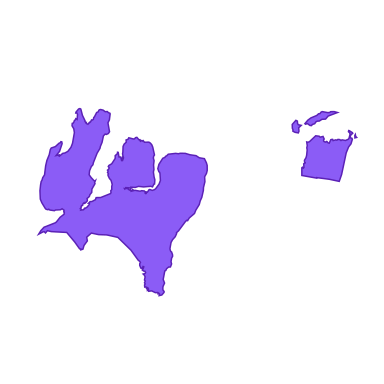 the district of Buton Tengah, Sulawesi Tenggara, Indonesia, rotated 192°
{"feature_id": "22746128B6718763508294", "entity_name": "Buton Tengah", "entity_type": "district", "adm_level": 2, "iso_a3": "IDN", "parent_name": "Indonesia", "parent_adm1": "Sulawesi Tenggara", "projection": "equal_earth", "projection_center": [122.47, -5.333], "detail": "fine", "context": "isolated", "style": "filled", "palette": "violet", "viewbox_px": 384, "rotation_deg": 192, "n_neighbors": 0, "source": "geoboundaries", "source_scale": "gbopen_adm2", "svg_char_len": 6045}
<svg xmlns="http://www.w3.org/2000/svg" viewBox="0 0 384 384"><g transform="rotate(192 192 192)"><path d="M202.6,83.8L200.1,85.0L198.5,87.9L198.6,88.9L200.1,90.2L200.6,92.2L200.7,93.6L199.9,97.2L202.0,100.5L202.2,109.1L201.3,109.8L200.9,111.7L199.3,113.7L197.5,114.2L197.0,117.4L198.0,119.4L198.2,123.0L197.6,125.1L198.0,126.6L199.5,129.1L200.4,129.4L201.4,131.0L201.8,132.1L202.0,138.3L201.1,141.3L199.1,144.8L198.4,148.1L198.7,149.0L197.1,151.2L192.2,161.9L191.0,163.4L190.3,163.1L189.3,166.0L185.1,171.5L184.5,175.0L182.3,181.2L182.1,185.1L181.3,188.7L181.2,195.9L181.7,198.8L181.5,204.7L182.8,209.5L181.7,213.2L181.6,216.3L182.7,221.2L184.0,223.6L186.8,227.2L192.0,227.0L195.6,228.4L201.7,228.0L206.7,228.4L211.7,227.4L213.2,226.6L216.0,226.4L223.1,224.0L224.3,222.1L225.3,221.4L225.7,220.2L227.6,218.9L230.1,212.2L230.3,207.7L228.6,204.9L227.7,204.5L227.1,203.2L225.3,196.7L225.9,192.8L228.2,187.7L229.2,186.5L231.2,185.3L233.8,185.7L234.5,185.3L235.6,182.6L236.6,182.6L236.4,181.2L236.8,180.8L237.5,181.0L238.0,182.6L238.8,183.1L241.6,182.8L242.9,182.0L248.1,181.8L250.4,180.7L249.8,181.7L250.7,182.1L251.1,181.2L252.3,180.5L252.8,181.4L253.5,180.9L254.4,181.5L255.2,181.0L254.8,181.7L255.5,182.0L257.7,181.7L258.3,180.9L258.6,181.2L258.2,181.2L257.8,182.5L254.0,183.1L252.7,182.7L252.1,183.3L252.6,184.0L248.4,184.7L245.5,186.4L240.4,186.9L233.6,189.0L231.7,188.8L230.9,191.8L230.3,192.0L230.4,193.0L230.9,196.3L232.2,198.8L233.9,203.5L233.9,206.0L235.2,210.4L235.6,214.7L236.9,217.3L236.9,219.2L236.4,220.4L239.7,227.7L241.2,229.9L242.9,231.2L244.5,231.8L248.9,230.8L251.0,232.6L250.7,232.0L251.0,231.5L252.9,231.9L252.6,231.3L252.9,230.9L253.9,231.7L254.0,232.3L254.8,232.1L257.3,234.0L258.6,233.4L259.2,232.1L260.3,231.7L265.1,231.9L265.6,230.2L267.3,229.2L266.7,227.0L268.3,224.8L268.9,222.3L267.9,216.5L267.9,215.0L267.0,212.8L267.2,210.9L267.0,210.5L266.9,212.8L266.1,211.1L266.5,208.3L267.4,208.1L269.0,211.4L270.7,211.1L272.4,215.4L273.1,215.4L272.9,214.1L274.7,211.6L274.1,208.9L276.4,202.9L278.8,200.7L279.2,199.5L278.0,198.4L278.3,197.0L279.2,195.8L278.5,195.2L278.4,194.1L278.7,193.6L277.5,192.3L277.8,191.4L277.5,190.6L275.5,188.0L273.6,186.6L271.6,182.8L271.7,180.8L271.0,177.7L271.7,176.4L271.1,174.5L271.4,173.5L280.2,167.6L284.6,166.6L284.9,164.4L287.9,161.9L289.7,161.4L290.8,159.6L290.0,159.8L289.8,158.6L291.5,155.4L293.7,153.3L293.9,153.5L294.4,152.1L296.8,151.2L296.6,151.7L297.0,152.4L297.8,152.5L297.2,153.9L297.4,155.0L296.6,155.4L297.1,155.4L297.1,155.8L296.2,156.2L296.2,157.6L295.6,158.7L294.8,158.5L294.5,159.3L294.2,159.0L292.8,160.9L292.6,162.1L293.3,163.9L292.0,165.4L291.3,167.0L291.4,168.0L290.0,170.7L290.5,174.1L288.6,180.0L289.2,180.9L288.9,183.0L289.2,182.6L290.2,182.7L293.7,185.2L296.2,187.5L296.6,191.5L295.7,196.3L294.9,197.2L294.5,198.7L294.6,199.9L292.9,210.2L291.1,215.5L291.1,217.5L290.3,221.8L290.3,228.5L289.0,230.6L287.7,230.5L286.0,231.8L285.2,233.8L288.6,242.2L287.8,245.4L288.3,251.4L288.7,252.0L290.2,252.2L291.6,253.1L293.6,252.5L295.9,253.6L298.5,253.7L299.6,253.2L300.1,252.6L300.4,250.9L301.8,249.9L303.1,245.1L303.6,244.5L303.6,242.5L304.5,241.6L305.0,241.6L305.1,242.2L305.8,239.5L306.5,238.6L306.8,238.8L307.9,236.6L309.7,237.1L309.8,238.1L310.4,237.9L311.4,238.9L311.4,239.4L315.1,244.2L318.0,250.0L319.0,250.3L320.2,249.6L322.1,246.0L322.1,245.1L321.1,245.4L320.1,244.1L319.5,239.1L320.9,239.6L321.2,238.2L321.9,237.5L322.0,236.2L322.6,234.6L323.3,234.3L323.5,234.8L323.1,231.8L320.8,229.3L319.4,225.6L319.0,214.8L319.7,210.5L321.9,205.9L324.5,203.7L326.5,202.9L329.2,199.4L329.9,199.8L329.8,200.6L332.5,199.4L330.0,204.2L329.1,212.3L329.8,214.0L330.7,214.0L331.1,212.8L332.2,212.1L335.1,208.0L338.8,205.8L339.4,204.1L339.4,198.8L340.5,192.7L340.6,187.2L339.8,178.1L341.0,175.0L341.2,172.3L341.7,170.9L341.6,167.5L341.0,161.7L338.9,153.5L336.7,150.3L332.1,145.4L331.2,144.8L329.2,144.7L328.5,145.4L327.3,144.8L322.7,145.1L321.8,146.0L316.9,147.3L315.6,148.6L313.4,147.6L313.3,145.9L312.7,145.7L312.5,143.7L315.8,139.8L318.4,134.5L319.4,133.4L329.4,126.8L331.8,122.8L333.2,118.9L329.3,122.1L328.2,122.4L326.8,121.5L325.4,124.1L321.4,124.0L306.1,126.4L296.2,118.6L290.1,113.0L288.9,113.2L288.7,112.3L286.8,113.4L286.5,117.3L284.2,122.4L285.6,125.9L281.9,130.9L274.5,130.9L266.5,132.3L255.1,132.2L239.6,122.4L230.2,113.9L229.0,113.5L227.8,112.4L228.2,111.1L227.9,109.4L226.2,106.9L224.8,107.0L224.4,109.0L223.6,108.8L223.8,107.0L224.5,105.4L222.8,104.6L221.5,104.7L220.6,103.5L221.0,102.5L222.7,101.6L221.4,100.8L220.2,99.3L220.2,96.0L219.2,95.2L219.6,93.3L218.7,92.4L219.1,91.2L218.5,89.2L217.4,89.6L216.2,87.9L215.7,88.1L215.7,89.2L215.2,89.1L214.5,88.2L215.1,87.8L215.1,86.4L214.1,86.8L213.7,85.9L210.9,86.9L206.9,85.9L204.7,86.5L204.1,85.5L203.7,86.2L202.7,85.7L202.6,83.8ZM46.5,272.1L46.1,276.8L46.7,277.8L48.4,278.0L48.8,278.7L48.4,281.0L47.0,282.8L47.4,283.4L50.9,284.7L51.5,284.7L51.5,283.5L50.0,282.6L49.4,281.2L49.6,277.2L50.1,276.1L52.6,274.3L56.1,274.2L57.0,273.3L58.3,274.0L60.2,273.8L61.1,272.8L62.2,272.9L64.7,271.6L65.4,272.7L66.0,272.6L67.1,272.0L67.9,268.3L69.0,268.3L70.5,269.4L71.0,269.4L71.5,268.6L73.1,268.7L73.9,269.3L74.1,270.6L73.7,271.3L75.4,273.6L78.0,272.3L79.2,273.0L82.7,272.7L87.6,265.6L88.9,264.8L90.2,264.8L88.9,261.3L88.9,259.1L88.1,257.1L87.5,251.8L87.6,249.3L88.6,246.4L88.1,244.6L87.4,244.3L87.4,243.8L88.6,242.8L87.6,239.2L88.1,238.5L89.1,239.2L89.6,238.5L88.0,231.0L72.9,231.5L73.0,232.0L60.4,233.0L50.2,233.0L49.3,240.2L49.3,262.3L48.2,268.6L46.5,272.1ZM93.4,282.9L90.4,281.6L88.9,281.8L88.3,283.1L86.2,284.3L85.4,286.3L84.3,287.3L82.2,287.9L80.0,290.1L76.5,291.1L74.6,294.6L66.2,300.0L69.7,300.2L73.1,299.4L73.8,298.5L75.5,297.9L81.4,297.7L82.4,296.9L83.1,295.3L84.5,294.8L85.9,292.8L91.1,289.2L93.6,286.4L95.8,282.3L95.0,281.9L93.4,282.9ZM103.6,271.8L100.3,271.9L100.0,273.7L101.0,277.0L99.0,279.9L102.0,279.9L103.0,281.0L103.7,283.3L105.3,283.7L108.0,278.9L107.1,275.2L106.2,273.9L105.9,272.4L103.6,271.8ZM43.9,278.8L42.3,279.6L43.5,280.5L44.2,282.2L44.5,281.2L43.9,278.8Z" fill="#8b5cf6" stroke="#5b21b6" stroke-width="1.5"/></g></svg>